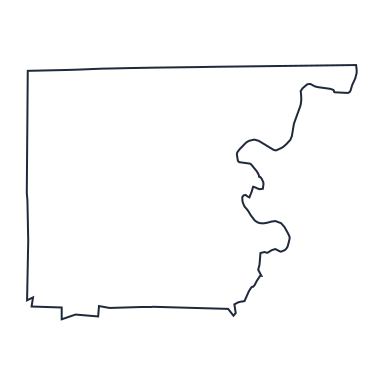 Shelby, Tennessee, United States of America, rotated 179°
{"feature_id": "52423323B51053623406996", "entity_name": "Shelby", "entity_type": "district", "adm_level": 2, "iso_a3": "USA", "parent_name": "United States of America", "parent_adm1": "Tennessee", "projection": "orthographic", "projection_center": [-90.065, 35.201], "detail": "fine", "context": "isolated", "style": "outline", "palette": "slate", "viewbox_px": 384, "rotation_deg": 179, "n_neighbors": 0, "source": "geoboundaries", "source_scale": "gbopen_adm2", "svg_char_len": 1904}
<svg xmlns="http://www.w3.org/2000/svg" viewBox="0 0 384 384"><g transform="rotate(179 192 192)"><path d="M358.8,86.6L352.8,89.4L354.4,80.3L324.3,78.8L324.5,67.0L310.6,71.5L288.0,69.2L287.0,79.6L276.4,77.5L244.4,77.9L235.3,77.7L232.7,77.9L157.9,74.5L152.7,67.6L150.4,70.2L151.6,78.9L147.9,80.8L145.5,81.4L141.4,82.0L137.1,91.3L135.1,94.6L133.8,96.1L132.3,96.3L130.7,98.3L129.0,101.6L125.5,106.8L124.8,107.1L124.1,107.0L127.2,113.2L125.8,117.9L124.6,129.8L120.6,130.7L118.4,130.0L117.4,130.0L113.2,132.5L109.7,133.5L104.6,130.8L102.8,131.2L100.1,132.4L99.0,133.4L97.7,135.1L97.0,136.9L95.2,143.6L95.2,145.3L96.3,148.1L100.1,155.3L103.5,159.3L109.2,161.5L113.3,161.0L117.5,159.9L121.0,159.4L124.1,159.6L126.6,160.3L129.4,162.1L130.1,162.9L133.6,167.6L135.8,171.5L137.5,173.9L139.6,176.3L140.5,178.3L141.4,180.7L141.8,182.8L141.8,186.1L140.5,187.7L138.4,188.1L136.9,186.8L134.7,185.6L132.4,191.1L130.8,196.2L130.4,196.2L124.6,193.6L121.1,194.0L120.4,198.7L120.5,200.4L122.1,204.1L123.6,205.9L124.6,206.0L125.1,208.4L126.4,210.7L127.5,212.4L129.2,214.5L130.8,216.6L132.6,218.8L133.8,219.4L144.2,221.0L145.4,222.1L145.6,222.6L146.5,228.9L146.1,230.6L145.5,231.6L143.3,234.3L137.2,240.3L135.6,241.4L133.7,242.3L128.8,243.3L124.4,242.0L109.8,232.8L108.0,232.2L107.0,232.2L101.5,234.6L99.5,235.9L96.9,238.1L93.0,242.2L92.8,242.4L91.2,246.0L88.9,258.5L82.1,276.3L81.4,279.7L81.1,283.0L81.2,287.3L81.6,291.0L79.6,293.8L75.0,297.6L72.6,298.0L71.7,297.9L67.4,295.5L64.6,294.7L51.8,292.7L48.9,291.6L48.4,290.9L48.2,289.7L47.5,289.2L34.3,288.3L33.1,289.0L32.5,289.3L31.7,290.7L30.0,296.1L26.9,302.5L25.4,307.6L25.2,310.9L25.7,316.1L130.9,316.6L148.4,316.7L166.1,316.8L183.4,316.8L227.1,317.0L231.1,317.0L235.9,317.0L236.0,317.0L253.3,317.0L270.7,316.9L279.6,316.9L297.2,316.5L306.0,316.3L314.6,316.2L354.1,316.0L357.2,193.9L356.7,186.7L356.6,146.1L358.8,86.6Z" fill="none" stroke="#1e293b" stroke-width="2"/></g></svg>